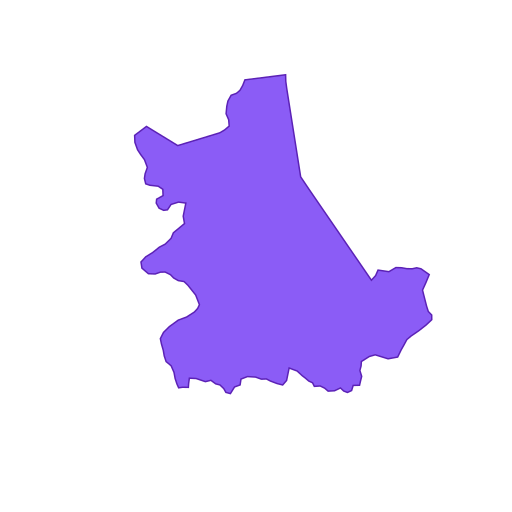 Santa Rosa do Piauí, Piauí, Brazil, rotated 46°
{"feature_id": "56859067B62490299296304", "entity_name": "Santa Rosa do Piauí", "entity_type": "district", "adm_level": 2, "iso_a3": "BRA", "parent_name": "Brazil", "parent_adm1": "Piauí", "projection": "albers", "projection_center": [-42.221, -6.814], "detail": "fine", "context": "isolated", "style": "filled", "palette": "violet", "viewbox_px": 512, "rotation_deg": 46, "n_neighbors": 0, "source": "geoboundaries", "source_scale": "gbopen_adm2", "svg_char_len": 1977}
<svg xmlns="http://www.w3.org/2000/svg" viewBox="0 0 512 512"><g transform="rotate(46 256 256)"><path d="M86.7,244.8L84.9,259.5L90.2,264.2L97.3,267.4L103.0,268.5L109.2,269.3L116.8,272.6L119.8,278.6L122.7,282.4L127.5,285.2L131.4,283.2L137.8,277.9L143.3,276.7L148.0,280.9L146.1,288.0L148.6,291.0L154.3,292.5L159.0,290.7L161.3,287.6L159.9,281.3L163.4,274.3L169.2,269.7L176.8,280.7L183.0,284.9L181.9,299.3L184.3,304.8L184.4,313.0L182.5,319.4L181.7,328.1L180.0,335.8L180.4,342.9L185.5,346.5L194.0,345.7L198.9,341.0L201.2,336.0L204.4,332.5L210.0,330.5L214.6,330.5L219.7,329.0L224.4,325.5L229.7,325.3L242.2,326.5L251.7,330.5L253.2,334.4L253.5,339.2L251.7,348.3L248.1,356.5L246.6,367.4L246.7,375.6L249.0,382.2L253.4,385.0L259.4,388.2L264.1,391.4L269.5,394.0L276.0,393.3L282.7,395.8L288.0,399.3L293.2,401.8L297.1,403.2L299.4,400.0L303.5,395.9L300.8,392.9L297.6,388.8L302.5,384.2L311.2,379.7L314.1,374.8L320.0,373.8L323.7,371.5L329.0,371.3L333.2,372.4L337.2,370.0L335.3,362.4L337.7,357.0L334.1,352.3L336.8,345.9L342.8,340.4L348.3,337.7L351.7,333.9L355.9,332.5L362.3,329.5L367.3,326.4L366.8,320.5L359.6,310.0L367.3,306.3L374.2,305.9L378.2,305.3L382.6,304.9L386.5,303.4L390.3,304.6L394.1,300.1L398.8,298.4L403.3,298.0L407.5,293.1L409.6,286.9L414.1,286.7L417.7,285.0L419.2,280.7L416.6,276.0L420.9,271.3L418.3,267.3L416.0,263.6L410.5,260.8L408.1,256.8L405.1,253.5L407.0,244.3L409.9,238.9L421.7,232.4L427.1,224.3L424.3,216.6L422.8,211.5L420.9,205.5L421.3,199.9L422.8,191.1L423.8,181.7L423.9,173.8L420.5,170.6L415.6,170.6L410.7,168.2L400.7,162.5L396.2,159.9L393.1,152.1L389.7,144.3L379.8,146.2L376.1,148.6L373.7,152.5L369.9,156.3L365.5,159.5L361.5,163.4L359.6,171.3L350.9,178.0L353.2,183.6L353.6,189.8L244.7,171.5L230.1,168.9L157.1,117.7L151.1,113.3L146.2,108.8L121.6,141.6L124.1,147.1L125.7,152.5L125.4,157.1L123.1,162.2L125.0,168.5L128.0,173.0L132.9,178.7L139.0,181.0L143.9,185.0L143.5,191.1L142.2,196.5L122.2,235.6L86.7,244.8Z" fill="#8b5cf6" stroke="#5b21b6" stroke-width="1.5"/></g></svg>